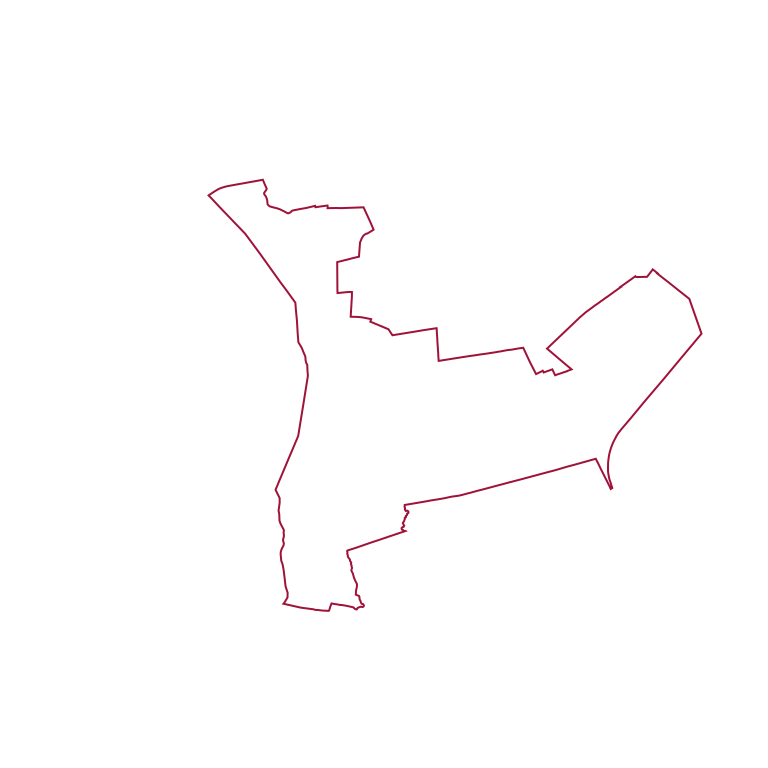 outline of Blejoi, Prahova, Romania, rotated 212°
{"feature_id": "2599482B27546040450350", "entity_name": "Blejoi", "entity_type": "district", "adm_level": 2, "iso_a3": "ROU", "parent_name": "Romania", "parent_adm1": "Prahova", "projection": "orthographic", "projection_center": [25.998, 44.974], "detail": "fine", "context": "isolated", "style": "outline", "palette": "rose", "viewbox_px": 768, "rotation_deg": 212, "n_neighbors": 0, "source": "geoboundaries", "source_scale": "gbopen_adm2", "svg_char_len": 5962}
<svg xmlns="http://www.w3.org/2000/svg" viewBox="0 0 768 768"><g transform="rotate(212 384 384)"><path d="M419.9,236.8L412.1,232.0L409.5,227.9L406.3,220.7L404.0,218.3L400.2,212.7L398.0,210.9L391.4,207.0L390.4,204.8L388.6,202.5L388.1,201.6L387.2,198.6L386.6,197.7L384.6,195.9L383.7,194.1L383.4,190.3L382.8,187.5L381.7,185.2L377.5,179.7L374.4,177.3L370.4,172.9L360.2,160.2L355.1,155.9L352.7,151.8L352.6,145.5L352.8,144.4L336.2,150.2L325.6,155.0L324.9,155.4L322.4,156.1L320.8,157.1L318.8,158.0L317.5,158.6L317.2,158.7L313.0,161.0L312.0,161.6L310.9,162.1L310.5,162.8L311.5,166.5L312.2,170.1L309.6,171.1L307.4,172.1L303.8,173.5L302.9,174.1L298.6,175.9L294.1,177.5L291.6,178.4L290.6,178.1L289.9,177.9L288.7,178.0L287.7,178.3L287.7,178.9L287.7,180.2L287.5,180.4L287.1,180.9L286.8,181.5L286.2,182.2L285.9,182.7L285.5,182.9L285.1,183.1L284.6,183.2L284.1,183.4L283.8,183.7L283.6,184.1L283.5,184.5L283.5,185.0L283.5,185.3L283.8,185.6L284.0,185.7L284.7,186.1L284.9,186.2L285.1,186.2L285.3,186.2L285.7,186.0L285.9,185.9L286.1,185.9L286.4,185.9L286.6,185.9L287.6,186.3L288.7,187.3L289.2,187.7L290.3,188.3L290.9,188.8L291.4,189.6L292.2,190.6L293.0,191.0L294.6,190.7L296.1,190.4L296.5,190.7L297.2,192.1L298.0,193.5L298.6,195.0L299.4,197.3L300.3,199.2L301.3,200.3L303.9,201.8L306.8,203.8L308.2,205.1L309.9,206.7L310.8,207.3L312.0,207.9L313.0,208.8L313.7,211.2L314.9,212.1L315.2,212.8L316.9,214.1L317.1,215.1L317.8,215.5L319.1,216.0L319.9,217.1L321.5,217.7L323.1,218.3L323.9,219.6L325.2,220.5L325.7,221.8L326.8,222.8L326.8,223.0L326.7,223.5L320.1,231.3L312.0,241.4L307.2,247.2L305.7,249.0L298.6,257.7L290.2,267.9L287.9,270.7L288.0,270.7L289.7,269.8L290.7,270.3L291.2,270.0L291.9,270.2L292.3,270.5L292.5,270.8L292.7,271.1L292.7,271.4L292.4,272.6L292.1,272.9L291.7,273.2L291.7,273.7L291.8,274.3L291.9,274.7L292.5,274.8L293.0,275.1L293.3,275.4L293.5,275.6L294.0,275.9L294.3,276.0L294.4,276.3L294.3,278.1L294.7,279.9L294.8,280.6L295.0,280.9L295.2,281.1L295.3,281.4L295.4,281.5L295.2,281.8L295.1,282.0L294.9,282.4L294.9,282.7L294.9,282.8L294.9,283.0L295.0,283.1L295.4,283.3L295.6,283.5L295.6,283.8L295.5,284.0L295.4,284.2L295.3,284.3L295.2,284.6L295.1,284.9L295.1,285.1L295.1,285.3L295.2,285.5L295.4,285.9L295.6,286.0L295.7,286.4L295.7,286.5L295.4,287.0L295.2,287.1L295.1,287.3L295.1,287.5L295.1,287.9L295.3,288.2L295.5,288.5L295.8,288.8L296.2,288.9L296.6,288.9L297.1,288.9L297.4,288.8L297.7,288.5L298.0,288.2L298.2,287.9L298.4,288.0L298.9,288.2L299.4,288.4L299.7,288.6L300.0,288.9L300.0,289.0L300.1,289.4L300.3,289.7L300.5,290.0L301.0,290.5L301.4,290.6L301.6,290.8L301.8,291.3L301.9,291.6L301.9,291.8L302.0,292.0L302.3,292.4L302.2,292.5L287.2,305.8L282.3,310.3L277.2,314.7L272.2,319.2L267.3,324.0L261.9,328.5L260.8,329.5L259.0,331.3L255.3,335.3L252.4,338.3L250.9,340.0L250.7,340.2L246.5,344.7L245.4,345.8L232.6,359.5L232.3,359.8L230.3,361.9L225.4,367.2L223.1,369.6L221.9,370.9L219.7,373.2L217.9,375.1L205.6,388.3L205.3,388.6L204.6,389.4L197.5,397.0L195.2,399.4L193.9,400.8L191.8,403.1L185.0,410.8L178.9,417.3L178.2,418.1L164.8,432.8L159.6,429.7L158.5,429.0L154.5,426.5L146.6,421.7L137.9,416.4L136.1,415.1L135.3,416.8L137.5,418.6L139.5,420.4L142.3,422.6L144.7,425.1L146.9,427.6L148.1,429.2L150.2,432.6L152.0,435.6L153.0,437.5L154.4,440.6L155.3,442.6L156.5,446.0L157.2,448.5L157.7,450.5L158.1,452.5L158.5,454.5L158.8,456.9L159.3,463.1L159.3,466.4L158.8,471.1L156.8,484.5L154.5,501.8L154.0,505.6L149.3,537.6L148.7,542.0L145.7,564.1L141.4,594.9L142.1,595.5L170.2,618.0L199.4,621.3L205.4,621.9L210.8,622.5L210.6,622.9L212.6,623.1L216.8,623.6L217.4,617.0L217.7,614.3L225.0,609.5L226.9,608.3L227.9,608.6L229.3,605.2L230.4,602.5L232.2,598.2L232.6,597.2L235.0,591.6L234.6,591.6L234.7,591.4L235.4,589.7L236.9,586.0L237.5,584.7L238.1,583.1L240.9,576.2L241.2,575.7L241.8,574.3L242.8,571.6L243.7,569.6L245.5,565.1L246.1,563.8L246.3,563.4L247.0,561.7L247.9,559.3L251.1,551.3L251.3,550.6L253.2,544.3L253.4,543.6L264.5,500.4L243.4,497.3L232.7,495.8L235.8,491.7L235.7,491.6L238.9,487.8L239.6,486.9L242.6,483.3L243.5,482.1L249.0,485.6L254.7,478.4L255.6,479.0L256.0,479.2L256.4,479.4L256.7,478.7L260.3,473.0L271.7,479.8L285.1,488.5L289.4,484.9L293.9,480.8L297.0,478.4L299.3,476.3L300.6,475.1L302.1,473.7L302.9,473.0L303.9,472.2L306.6,469.7L307.6,468.9L313.0,464.2L316.4,461.4L319.0,459.2L323.4,455.4L324.2,454.8L331.2,448.8L348.8,433.5L349.9,432.6L353.2,437.1L354.1,438.5L356.3,441.5L357.6,443.3L358.7,444.9L359.0,445.2L359.5,445.9L359.9,446.5L360.0,446.7L360.2,446.9L360.8,447.7L363.4,451.5L366.2,455.3L366.6,455.9L367.8,457.6L368.5,458.6L368.8,459.0L369.0,459.2L373.3,455.5L378.9,450.7L386.8,443.7L391.5,439.6L402.7,429.8L409.2,432.8L426.3,430.0L428.6,429.6L429.2,432.2L434.0,430.4L437.9,428.9L441.4,427.2L447.9,423.4L457.6,441.2L459.9,445.0L462.4,443.6L471.6,436.5L473.0,438.5L488.3,462.6L479.3,471.9L477.2,474.2L472.7,478.7L479.3,491.3L480.0,495.4L480.1,498.6L479.6,500.3L478.7,502.2L477.9,502.7L474.6,509.3L474.9,509.6L482.0,514.5L495.0,523.0L495.1,522.9L513.6,510.4L517.5,508.1L521.4,505.6L525.0,503.2L525.5,504.2L526.5,505.4L530.5,502.1L535.8,497.6L536.8,498.6L543.2,492.1L547.9,487.9L551.3,484.7L553.6,482.5L554.0,481.7L554.0,481.0L554.3,479.9L555.7,477.9L556.5,477.7L560.9,477.4L564.8,477.0L567.9,476.3L572.8,474.7L575.1,474.1L576.6,474.3L578.1,474.8L579.9,477.3L581.0,478.5L582.6,479.8L583.9,480.6L585.7,481.3L586.3,481.6L586.9,482.5L586.9,483.0L586.8,484.8L586.7,485.7L586.7,486.3L587.0,487.5L591.3,490.4L595.0,493.0L595.4,492.6L621.3,469.1L623.1,467.3L625.9,464.1L627.6,461.7L628.6,459.8L630.0,457.0L632.7,451.0L631.3,450.6L629.8,450.3L617.8,447.1L593.7,441.0L581.4,437.9L559.0,429.1L540.8,421.6L525.8,415.4L515.5,411.4L502.3,406.0L497.7,399.8L491.2,391.3L483.9,381.0L478.7,374.0L474.3,371.8L472.8,371.0L469.0,368.2L465.5,365.8L464.5,364.6L464.0,363.9L463.1,362.6L462.1,361.6L461.2,360.7L460.0,360.0L459.2,359.5L455.5,354.1L454.1,352.3L452.9,350.7L447.8,338.6L441.7,324.2L434.5,307.0L429.2,294.4L426.0,274.3L421.4,245.8L419.9,236.8Z" fill="none" stroke="#9f1239" stroke-width="2"/></g></svg>